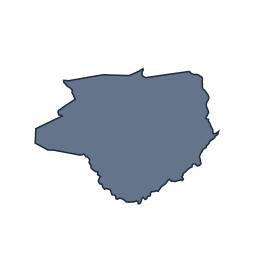 Tejuçuoca, Ceará, Brazil, rotated 242°
{"feature_id": "56859067B66603030314401", "entity_name": "Tejuçuoca", "entity_type": "district", "adm_level": 2, "iso_a3": "BRA", "parent_name": "Brazil", "parent_adm1": "Ceará", "projection": "mercator", "projection_center": [-39.614, -3.923], "detail": "fine", "context": "isolated", "style": "filled", "palette": "slate", "viewbox_px": 256, "rotation_deg": 242, "n_neighbors": 0, "source": "geoboundaries", "source_scale": "gbopen_adm2", "svg_char_len": 2322}
<svg xmlns="http://www.w3.org/2000/svg" viewBox="0 0 256 256"><g transform="rotate(242 128 128)"><path d="M200.3,93.5L198.6,92.7L196.7,93.3L194.7,93.7L192.6,94.5L190.9,95.6L189.0,96.1L187.6,96.7L185.9,95.3L183.9,95.1L182.2,95.3L180.5,94.9L178.2,94.9L176.9,81.3L176.6,79.2L176.1,77.4L176.2,75.1L175.4,74.0L173.9,73.3L171.9,73.0L171.1,74.6L169.5,75.5L170.7,46.2L169.0,45.5L167.1,44.0L164.6,42.9L163.2,41.9L161.7,41.0L159.6,39.7L158.3,38.9L146.1,47.0L143.5,51.8L131.2,67.2L127.3,71.9L126.5,73.1L125.9,74.8L125.8,76.5L124.0,77.3L122.4,77.2L121.7,78.5L119.3,79.2L117.7,79.1L115.7,77.4L114.1,77.4L112.4,77.9L110.3,76.6L108.4,77.0L107.0,77.8L104.9,78.7L103.5,80.8L100.9,79.2L98.1,81.0L97.0,78.8L95.3,77.0L93.1,76.7L91.7,77.0L90.7,78.6L89.1,78.3L87.2,78.0L85.0,78.5L84.9,80.1L82.7,82.6L81.4,83.3L78.4,82.8L76.4,82.6L75.5,84.3L73.1,85.2L71.3,84.1L70.0,85.3L70.0,88.0L66.4,90.8L63.7,91.6L62.2,93.8L61.2,95.9L59.9,98.6L59.6,101.1L58.4,102.2L56.2,101.5L55.7,103.0L57.0,105.2L58.8,106.6L59.7,108.8L56.8,109.5L56.8,111.3L58.4,113.5L57.6,115.8L59.7,117.2L60.8,118.7L59.7,120.9L59.3,123.4L57.9,124.9L59.2,127.3L60.5,129.9L60.8,132.2L61.1,135.1L63.0,138.6L63.3,140.4L61.9,140.7L60.6,141.3L59.8,143.0L58.4,144.6L58.3,146.2L57.9,148.2L57.4,150.5L56.0,151.5L57.0,153.0L59.6,152.6L60.4,154.4L61.9,155.1L62.2,157.8L62.7,159.2L63.2,161.2L63.8,163.9L63.7,166.5L65.2,167.3L65.6,169.2L64.8,170.4L63.3,170.8L61.9,171.4L61.4,173.4L62.0,175.5L64.0,176.1L66.4,177.0L69.1,177.5L70.4,179.0L71.4,180.2L72.0,181.6L73.2,183.0L73.8,184.4L74.1,185.9L74.1,187.8L75.3,188.9L75.8,190.6L76.5,192.4L78.1,194.2L78.2,196.9L78.6,199.7L80.0,201.3L79.9,202.9L80.5,204.5L82.5,206.4L81.9,203.3L82.9,200.7L85.3,201.3L86.8,202.1L90.0,202.0L91.8,202.2L94.2,202.5L96.2,202.1L97.9,203.2L98.9,201.7L100.8,201.4L101.4,203.1L102.5,204.7L104.0,206.5L105.8,206.9L108.0,207.2L109.8,207.3L111.9,208.0L113.7,209.6L115.3,212.2L116.8,213.7L119.6,214.2L122.4,213.8L125.2,213.4L127.4,212.5L129.5,212.9L131.0,214.0L133.9,215.2L135.6,216.3L137.3,217.1L138.9,216.8L140.4,215.7L142.0,215.2L143.3,213.4L144.1,211.6L145.8,209.9L147.3,209.2L149.1,208.8L158.6,182.8L163.6,168.8L164.3,167.0L166.5,165.6L168.6,165.4L170.9,166.9L172.0,168.6L173.4,169.0L173.0,164.4L173.7,153.7L182.7,137.9L186.6,131.2L189.6,122.3L197.6,97.8L200.3,93.5Z" fill="#64748b" stroke="#1e293b" stroke-width="1.5"/></g></svg>